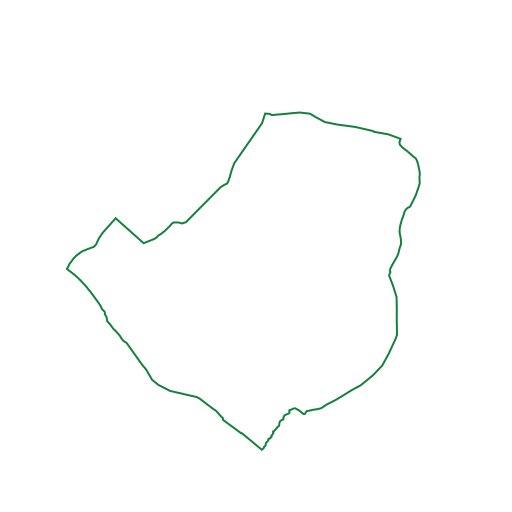 Al Azariq, Al Dali', Yemen, rotated 297°
{"feature_id": "15242507B92892578873791", "entity_name": "Al Azariq", "entity_type": "district", "adm_level": 2, "iso_a3": "YEM", "parent_name": "Yemen", "parent_adm1": "Al Dali'", "projection": "robinson", "projection_center": [44.595, 13.646], "detail": "fine", "context": "isolated", "style": "outline", "palette": "green", "viewbox_px": 512, "rotation_deg": 297, "n_neighbors": 0, "source": "geoboundaries", "source_scale": "gbopen_adm2", "svg_char_len": 4747}
<svg xmlns="http://www.w3.org/2000/svg" viewBox="0 0 512 512"><g transform="rotate(297 256 256)"><path d="M86.0,349.1L88.1,350.0L88.9,350.0L89.2,349.9L89.6,349.8L90.0,350.0L90.5,350.3L91.1,350.5L91.5,350.5L92.0,350.3L92.6,350.1L93.2,350.0L94.2,349.8L94.6,349.9L95.2,350.1L95.8,350.4L96.3,350.5L96.8,350.6L97.2,350.6L97.6,350.5L98.0,350.4L98.2,350.2L98.6,350.2L98.9,350.3L99.2,350.5L99.4,350.9L99.7,351.2L99.9,351.4L100.2,351.5L100.5,351.4L100.9,351.4L101.2,351.4L101.4,351.5L101.5,351.7L101.9,351.9L102.2,351.8L102.4,351.7L102.7,351.4L103.2,351.5L103.6,351.5L104.1,351.6L104.7,351.8L105.3,351.8L106.1,351.8L106.4,351.8L106.7,351.4L106.9,351.0L107.2,350.9L107.5,351.0L107.8,351.3L108.2,351.5L108.6,351.7L109.3,351.9L109.8,352.0L110.3,352.1L111.0,352.3L112.2,352.6L113.0,352.7L113.6,352.9L114.2,353.1L114.7,353.5L115.2,353.6L115.6,353.5L116.3,353.3L116.9,353.1L117.5,352.8L118.4,352.5L119.1,352.5L119.6,352.5L120.3,352.7L120.5,352.8L121.1,353.2L121.7,353.6L122.3,354.1L123.0,354.5L123.7,354.1L124.5,353.9L125.4,353.7L126.3,353.7L126.8,353.7L127.3,354.0L128.0,354.5L128.6,355.0L129.0,355.4L129.5,355.8L129.8,356.1L130.3,356.5L131.1,357.0L131.4,357.0L131.8,356.9L132.2,356.6L132.9,356.0L133.2,355.8L133.4,355.8L133.7,355.8L133.9,356.0L134.1,356.3L134.5,356.7L135.0,357.1L135.7,357.5L136.2,357.9L136.8,358.4L137.2,358.8L137.6,359.3L137.9,359.8L138.1,360.2L138.1,360.9L138.1,362.1L137.9,362.9L138.1,363.7L137.0,369.1L136.9,369.7L136.8,370.1L136.9,370.6L137.2,371.0L138.0,371.3L138.6,371.4L138.8,371.4L139.3,371.4L139.9,371.4L140.7,371.5L141.1,372.0L141.9,373.1L143.5,375.0L144.7,376.4L145.5,377.5L146.0,378.2L146.7,379.3L148.1,381.1L149.9,383.0L150.0,383.2L156.3,386.8L164.1,392.5L172.5,397.7L180.3,402.4L188.2,407.9L202.9,414.4L215.8,418.2L229.2,418.6L245.7,418.0L249.8,417.4L250.8,416.9L264.3,409.7L270.2,406.8L283.3,399.9L283.4,399.7L283.5,399.6L287.7,395.5L291.8,391.5L299.1,383.4L300.4,383.2L302.7,383.1L303.2,382.5L303.9,381.9L305.5,381.5L309.6,381.4L311.7,381.5L315.8,381.8L316.5,381.8L316.8,381.9L318.5,381.9L320.2,381.9L320.9,381.8L322.2,381.8L327.4,380.6L329.4,380.2L331.0,380.1L332.6,379.7L334.3,379.0L335.6,378.1L336.9,377.3L338.6,376.1L340.1,374.9L341.5,373.8L342.7,372.9L344.2,372.3L345.9,371.5L347.4,371.1L349.5,370.5L351.0,370.2L353.0,369.8L354.4,369.5L355.9,369.3L357.0,369.3L358.9,369.0L359.4,368.9L362.1,368.4L363.7,368.3L365.2,368.4L366.3,368.7L367.9,369.4L369.3,370.4L370.0,370.9L381.4,370.8L382.4,370.8L390.5,369.7L395.1,368.9L399.7,366.2L403.7,364.6L406.6,362.6L409.7,360.1L412.8,357.4L415.2,354.6L415.3,354.2L415.7,353.0L416.0,351.3L416.4,349.7L416.8,348.1L417.2,346.5L417.9,343.9L418.0,343.3L418.2,342.5L418.7,339.4L418.9,338.6L419.2,337.0L419.9,335.3L420.5,333.7L422.3,332.2L426.0,331.6L424.5,318.8L420.2,304.7L420.5,303.7L416.0,285.7L410.1,269.0L407.6,260.0L406.6,256.6L406.8,247.6L407.3,239.4L403.6,229.7L398.8,222.0L397.2,219.6L388.7,206.0L388.7,205.9L388.8,204.1L388.9,203.9L387.1,199.5L377.0,201.1L353.7,197.9L328.8,194.5L321.2,195.4L314.7,196.7L310.1,197.4L307.5,197.4L304.9,195.4L301.2,193.2L270.6,183.4L254.4,178.3L251.4,175.3L250.7,171.8L249.0,168.3L247.7,166.7L246.1,166.2L244.1,165.7L242.3,165.2L240.8,164.7L239.1,164.1L237.6,163.6L236.1,163.0L234.5,162.2L232.9,161.5L231.2,160.5L229.9,159.7L227.6,159.1L225.2,157.8L216.4,150.1L225.9,113.8L225.7,113.8L224.2,113.5L222.3,113.0L220.9,112.4L219.3,112.1L217.8,111.7L216.1,111.3L214.6,110.8L213.1,110.4L211.7,110.0L210.1,109.7L209.7,109.6L208.5,109.2L207.0,108.9L205.3,108.6L203.8,108.4L202.1,108.2L200.6,108.1L199.2,108.1L197.6,108.1L195.6,108.2L193.7,108.3L190.2,107.2L189.1,105.9L187.8,104.8L186.4,103.5L185.2,102.4L184.0,101.4L182.8,100.3L181.6,99.3L180.2,98.4L178.9,97.7L177.5,97.1L176.0,96.4L174.7,95.7L173.0,95.2L171.4,94.7L169.9,94.3L168.3,94.2L166.6,93.9L165.0,93.5L163.4,93.4L162.0,93.5L160.3,93.5L158.7,93.4L158.5,94.3L158.0,96.4L157.8,98.2L157.4,100.0L157.0,101.6L156.8,103.3L156.3,104.9L155.8,107.0L155.2,108.7L154.7,110.4L154.1,112.0L153.5,113.7L152.9,115.5L152.2,117.2L151.6,118.7L151.0,120.2L150.2,121.7L149.6,123.2L149.0,124.8L148.2,126.3L147.3,128.0L146.5,129.6L145.8,131.1L144.8,133.0L144.1,134.4L143.3,135.9L142.6,137.3L141.7,138.8L140.7,140.4L139.7,141.8L138.7,143.1L138.2,144.7L137.6,146.4L136.5,147.4L135.5,147.7L134.6,149.4L133.2,151.0L132.0,151.9L130.3,153.1L129.7,154.8L129.1,156.5L128.4,157.9L127.7,159.4L126.9,160.8L126.2,162.4L125.8,164.0L125.2,165.8L124.5,167.4L123.7,169.5L122.9,171.3L121.9,172.8L121.0,174.5L120.2,176.4L119.9,178.6L119.9,180.0L107.4,203.9L105.1,209.4L98.5,219.7L96.8,227.6L96.8,230.1L96.8,240.8L103.5,267.6L103.3,270.7L100.5,286.2L99.8,291.1L97.8,296.1L97.5,296.8L96.7,299.3L96.4,300.2L95.0,301.1L91.4,322.8L91.6,322.9L91.6,323.2L91.4,325.0L89.2,335.1L86.0,349.1Z" fill="none" stroke="#15803d" stroke-width="2"/></g></svg>